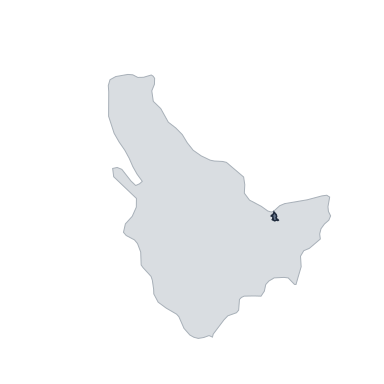 Fundación, Barahona, Dominican Republic (highlighted), rotated 228°
{"feature_id": "3306468B48518895695140", "entity_name": "Fundación", "entity_type": "district", "adm_level": 2, "iso_a3": "DOM", "parent_name": "Dominican Republic", "parent_adm1": "Barahona", "projection": "robinson", "projection_center": [-71.129, 18.263], "detail": "fine", "context": "in_parent", "style": "filled", "palette": "slate", "viewbox_px": 384, "rotation_deg": 228, "n_neighbors": 0, "source": "geoboundaries", "source_scale": "gbopen_adm2", "svg_char_len": 2930}
<svg xmlns="http://www.w3.org/2000/svg" viewBox="0 0 384 384"><g transform="rotate(228 192 192)"><path d="M71.2,255.9L71.6,241.6L73.6,235.8L71.7,229.7L63.4,223.1L58.3,214.8L53.7,207.4L54.8,206.3L63.8,206.0L67.0,203.2L73.2,195.6L74.4,189.5L73.9,184.9L69.9,179.4L68.4,173.6L73.3,168.5L79.7,161.1L80.6,158.2L80.4,155.4L73.0,147.6L72.5,144.3L76.0,135.8L75.6,130.2L72.2,112.7L70.5,110.1L73.9,108.6L76.0,103.4L79.0,98.7L82.8,96.2L87.2,94.7L96.0,94.8L108.1,98.8L111.5,98.8L123.1,95.1L132.7,93.1L141.8,95.4L145.5,98.5L153.0,103.5L156.7,105.1L168.5,105.0L171.8,105.4L181.7,113.7L190.1,117.0L194.9,117.2L203.6,114.0L207.9,114.1L212.9,121.2L213.9,131.3L218.0,140.5L224.4,146.4L255.7,144.0L262.6,148.8L260.3,152.8L255.8,155.0L241.0,154.0L234.5,154.5L233.2,158.5L233.2,162.2L241.9,163.1L250.4,165.0L259.1,167.9L267.9,170.0L277.9,171.3L287.7,173.4L304.1,180.7L322.2,197.2L327.1,201.0L330.3,206.2L328.8,212.6L322.3,223.0L318.7,226.4L313.4,228.4L309.7,232.7L306.2,240.0L304.1,240.6L301.5,240.3L297.2,236.2L294.1,229.8L285.3,223.9L274.9,224.6L259.7,221.1L250.4,222.8L241.2,223.2L231.7,221.4L222.2,220.8L212.7,223.0L203.5,226.8L200.1,229.3L194.2,235.2L191.0,237.4L168.6,240.4L162.1,236.1L156.1,230.1L147.5,229.3L135.0,233.9L127.2,235.6L124.0,237.6L123.1,239.8L123.1,248.1L121.3,253.2L109.1,272.4L102.2,285.9L99.4,290.0L96.1,290.9L90.1,283.2L86.3,280.4L81.5,279.0L79.5,274.8L79.6,269.0L78.4,263.3L75.4,258.8L71.2,255.9Z" fill="#d9dde1" stroke="#a8b0b8" stroke-width="1"/><path d="M114.2,237.4L114.4,237.3L114.6,237.1L114.8,237.1L115.1,237.0L115.8,237.0L116.0,237.1L116.3,237.1L116.7,237.3L116.8,237.5L116.9,238.1L117.0,238.3L117.1,238.5L117.4,238.6L117.5,238.7L117.8,238.8L118.0,239.0L118.5,239.2L118.6,239.3L118.8,239.3L119.1,239.4L119.2,239.5L119.3,239.5L119.4,239.4L119.6,239.3L119.9,239.3L120.1,239.3L120.3,239.3L120.5,239.4L120.7,239.5L120.9,239.5L121.2,239.5L122.1,239.5L122.0,239.4L121.9,239.0L121.8,238.8L121.7,238.5L121.6,238.4L121.5,238.2L121.4,238.2L121.4,237.9L121.3,237.7L121.2,237.6L121.2,237.4L121.1,237.2L121.0,236.8L121.1,236.7L121.0,236.4L121.2,236.2L121.3,236.0L121.3,235.9L121.4,235.7L121.4,235.4L121.5,235.3L121.5,235.2L121.6,234.9L121.7,234.7L121.8,234.7L121.7,234.7L121.4,234.8L121.2,234.9L120.9,234.9L120.8,235.0L120.9,235.3L120.9,235.5L120.8,235.8L120.7,235.8L120.4,235.9L120.1,235.8L119.8,235.7L119.6,235.5L119.4,235.4L119.2,235.3L119.0,235.2L118.9,235.1L118.7,234.9L118.6,234.7L118.4,234.6L118.3,234.4L118.2,234.2L117.9,234.0L117.7,234.2L117.6,234.3L117.5,234.2L117.4,234.2L117.1,233.9L117.2,233.7L117.3,233.6L117.4,233.3L117.1,233.4L117.1,233.5L116.8,233.7L116.7,233.7L116.5,233.8L116.4,233.8L116.2,233.9L115.8,233.9L115.4,234.1L115.2,234.3L115.0,234.8L114.9,235.1L114.8,235.5L114.7,235.7L114.5,236.0L114.4,236.2L114.3,236.3L114.0,236.5L113.9,236.5L113.6,236.6L113.4,236.7L113.4,236.8L113.3,237.0L113.3,237.3L113.6,237.3L113.8,237.3L114.0,237.3L114.2,237.4Z" fill="#64748b" stroke="#1e293b" stroke-width="1.5"/></g></svg>